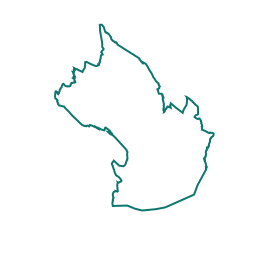 outline of Kongsvinger nor, Hedmark, Norway, rotated 46°
{"feature_id": "86288312B35132489533254", "entity_name": "Kongsvinger nor", "entity_type": "district", "adm_level": 2, "iso_a3": "NOR", "parent_name": "Norway", "parent_adm1": "Hedmark", "projection": "equal_earth", "projection_center": [12.12, 60.19], "detail": "fine", "context": "isolated", "style": "outline", "palette": "teal", "viewbox_px": 256, "rotation_deg": 46, "n_neighbors": 0, "source": "geoboundaries", "source_scale": "gbopen_adm2", "svg_char_len": 5624}
<svg xmlns="http://www.w3.org/2000/svg" viewBox="0 0 256 256"><g transform="rotate(46 128 128)"><path d="M173.5,193.1L183.3,182.4L191.0,179.0L197.3,175.0L205.7,164.4L211.0,156.3L221.8,126.8L217.3,117.3L212.1,100.7L211.7,100.6L211.3,100.1L211.2,99.6L210.3,99.2L210.5,98.9L210.9,98.6L210.6,98.3L209.4,98.0L206.9,96.4L205.8,96.1L205.2,95.6L204.8,95.7L204.7,95.6L204.9,95.3L204.7,95.0L204.2,95.0L204.1,94.8L203.3,94.9L202.8,94.6L202.7,94.3L203.0,94.0L202.7,93.7L202.5,93.2L202.8,92.8L202.4,92.2L202.2,91.6L201.9,91.5L201.6,90.6L199.3,88.7L198.6,87.5L198.7,87.0L198.7,86.7L198.1,86.2L197.7,85.5L196.8,84.7L196.9,84.4L197.7,84.0L197.5,83.7L197.5,83.0L197.0,82.1L196.4,81.9L196.1,81.0L195.6,80.6L195.3,79.8L195.3,79.4L195.0,78.8L193.9,77.7L193.4,76.9L193.1,76.8L192.8,75.7L192.8,75.4L193.0,75.2L192.6,74.7L192.7,74.2L192.6,73.9L192.9,73.3L192.8,72.8L192.9,72.3L192.7,71.7L191.5,70.3L190.1,70.6L189.5,71.4L188.7,71.8L188.3,72.2L188.4,72.7L187.2,73.5L184.2,74.4L180.7,75.9L180.5,75.6L178.4,74.1L178.7,73.8L178.7,73.7L177.2,72.6L175.6,72.1L175.0,71.6L175.0,71.4L174.2,71.1L173.2,70.3L172.3,70.3L171.5,70.0L170.7,70.1L170.4,70.4L170.3,71.1L169.8,71.7L168.1,72.3L166.4,72.5L166.1,71.8L165.9,70.4L166.6,68.9L166.7,68.1L165.3,66.6L161.3,63.0L160.6,62.9L157.7,63.4L156.7,63.1L156.0,63.4L155.1,63.3L155.0,63.2L154.1,63.4L153.4,63.1L151.8,63.4L151.8,63.5L149.6,63.6L149.3,63.8L148.5,63.8L146.6,64.2L146.4,64.3L146.9,64.4L149.7,66.8L152.1,70.0L153.0,73.5L153.7,75.7L155.1,78.1L146.9,79.4L140.1,80.1L140.6,80.7L140.5,80.9L140.6,81.3L141.3,81.9L141.4,82.2L143.1,83.2L141.3,83.7L141.2,84.1L140.1,84.5L140.1,85.8L140.5,86.4L140.5,87.2L140.7,87.5L140.5,87.8L140.8,88.8L140.7,89.0L140.9,89.2L140.9,89.6L141.3,89.8L141.2,90.1L141.7,90.9L141.6,91.2L141.1,90.5L140.0,90.3L139.2,89.6L138.3,88.4L138.1,87.9L137.0,86.8L136.5,86.7L136.2,86.0L135.6,85.4L133.9,84.5L133.4,84.0L132.7,83.9L132.2,83.2L131.7,83.2L131.3,82.9L130.6,82.0L130.1,81.8L130.1,81.7L130.7,81.3L130.6,81.2L129.0,80.7L128.6,80.9L128.2,80.7L128.1,80.1L126.7,80.0L125.0,81.9L123.5,81.4L122.0,80.4L120.8,80.2L120.6,80.0L120.5,79.8L121.4,78.6L121.7,78.6L121.1,78.3L121.0,77.9L120.5,77.4L120.4,77.0L120.2,76.7L120.2,76.3L119.1,76.1L119.0,75.9L118.3,75.9L117.6,75.6L117.5,75.3L117.1,75.0L114.3,75.5L110.7,74.6L109.5,74.6L105.2,73.1L101.0,72.3L96.5,71.0L95.1,70.8L94.3,70.7L92.4,71.2L92.0,72.4L90.8,72.4L91.0,72.2L90.9,71.7L89.5,72.1L86.2,72.0L85.8,71.5L60.8,77.6L59.2,77.1L58.7,77.0L58.7,77.3L57.8,77.4L57.8,77.6L57.4,77.9L56.2,77.9L56.0,78.1L55.4,78.1L54.7,78.4L54.4,78.2L53.0,78.4L52.1,78.2L51.9,77.8L51.0,77.1L50.6,77.0L50.1,77.2L49.5,76.9L47.4,76.6L46.6,76.7L45.8,77.1L45.6,76.8L44.8,76.9L44.6,77.2L43.9,77.3L43.7,77.7L43.2,77.6L43.0,77.4L42.3,77.3L38.5,75.3L35.5,75.1L34.2,76.6L39.0,80.8L48.9,87.5L51.3,89.7L51.8,90.3L54.2,90.6L54.4,90.9L54.4,92.0L54.6,92.5L54.5,93.4L55.0,94.2L54.9,94.6L57.4,95.0L57.6,95.2L57.2,95.8L57.1,96.8L57.0,97.0L57.9,98.2L59.2,99.6L59.5,100.6L60.1,101.3L60.6,101.5L60.6,102.0L61.2,102.7L61.0,103.1L61.8,103.9L62.2,104.6L61.9,104.7L61.4,105.2L61.8,105.5L61.9,105.8L62.2,106.0L61.6,107.6L59.8,108.8L55.2,110.7L51.8,111.8L51.4,112.3L51.5,112.6L51.0,113.2L53.3,115.5L54.7,117.3L55.0,119.0L56.1,121.8L51.9,123.4L50.5,123.7L49.8,124.4L47.5,125.1L48.5,125.6L48.5,126.0L49.4,125.8L49.5,126.3L49.4,126.6L49.0,126.7L49.2,126.9L49.1,127.1L49.3,127.2L49.4,127.7L50.2,127.8L50.3,128.1L50.2,128.3L50.5,128.6L49.8,128.9L50.5,129.1L50.9,129.6L53.1,130.1L53.6,130.4L54.0,130.5L53.7,130.8L54.0,131.0L53.4,131.1L53.6,131.3L54.4,131.8L54.2,132.1L54.4,132.3L54.2,132.4L54.4,132.5L54.2,132.9L55.4,132.7L56.3,133.2L56.4,133.4L57.0,133.4L57.4,133.8L58.1,133.9L58.5,134.1L58.2,135.1L57.4,135.5L57.0,136.7L56.3,137.4L56.8,138.3L56.8,139.0L57.5,139.9L57.4,140.0L57.6,140.5L57.1,141.6L56.1,142.2L55.9,142.9L54.9,143.5L53.5,143.9L51.4,143.7L51.2,144.0L51.3,145.1L52.0,146.7L52.3,147.0L52.6,147.6L52.6,148.9L53.0,149.5L52.9,149.7L52.9,150.2L54.1,151.7L54.4,152.8L55.1,153.8L55.2,154.7L54.0,154.6L53.1,154.0L52.5,154.4L52.1,154.1L51.7,154.2L51.4,154.4L51.4,154.6L51.9,155.5L53.2,156.9L54.4,158.4L56.2,159.7L57.9,159.3L58.9,159.4L59.5,159.7L59.6,159.9L59.4,160.3L59.5,160.4L61.1,161.1L61.8,161.0L62.1,161.2L62.2,161.7L63.2,161.9L64.2,161.8L64.5,161.4L65.7,160.8L68.2,159.1L70.0,159.3L76.0,159.2L80.0,159.5L93.8,158.9L96.8,157.7L97.0,157.0L97.7,156.7L97.7,156.1L98.0,155.9L98.3,155.3L98.7,155.0L99.8,154.9L99.7,154.3L99.5,154.1L99.4,153.5L99.5,153.4L99.5,153.1L104.2,151.1L103.5,151.0L103.5,150.8L105.9,150.2L106.7,150.4L107.5,150.1L107.1,149.4L107.9,149.2L108.4,149.6L109.0,149.5L108.8,148.8L109.8,148.6L113.1,146.8L112.9,146.0L112.5,145.3L112.6,144.9L112.0,144.4L112.1,143.8L112.3,143.7L113.5,143.7L114.0,143.4L117.5,143.0L118.6,143.3L118.1,143.6L118.1,143.9L117.9,144.1L117.9,144.4L117.0,145.1L119.7,145.0L119.3,144.3L120.4,144.0L120.6,143.8L121.1,144.0L121.3,143.5L122.2,144.2L123.1,143.9L125.3,143.8L142.7,144.3L142.9,144.6L145.0,145.1L145.7,146.3L146.2,146.8L149.6,149.6L150.0,150.6L150.3,150.6L150.5,150.8L150.4,151.2L152.3,155.1L152.5,156.0L152.4,157.8L149.0,160.5L141.6,160.9L142.3,164.2L143.2,164.9L144.4,165.2L146.7,166.4L148.5,167.1L151.4,168.8L152.1,168.8L153.6,169.5L156.8,168.7L159.5,168.8L161.2,169.2L161.6,169.6L161.7,169.9L161.2,171.2L161.0,172.2L160.4,172.8L160.4,173.1L159.9,173.2L160.7,173.7L160.9,174.6L162.4,176.2L163.3,176.8L164.5,177.9L165.0,178.1L165.7,178.9L166.1,179.0L166.5,179.4L166.5,179.7L166.2,179.9L165.5,180.0L165.3,180.5L164.6,180.8L164.8,181.0L164.1,182.7L164.7,184.5L166.3,186.0L167.0,186.2L167.3,186.7L168.1,186.8L168.6,187.8L168.6,188.3L169.9,189.2L169.8,189.6L170.4,190.2L171.0,191.3L173.5,193.1Z" fill="none" stroke="#0f766e" stroke-width="2"/></g></svg>